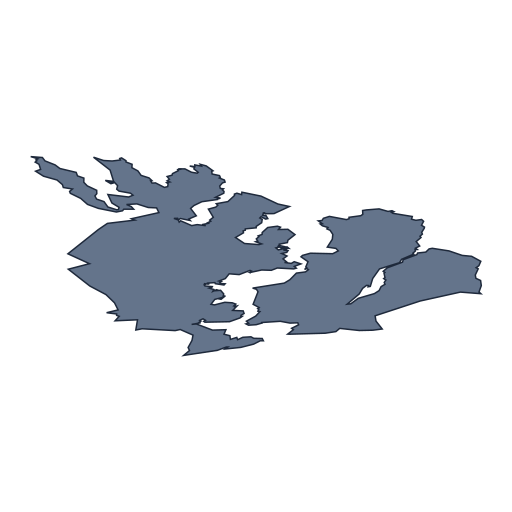 Lenvik nor, Troms, Norway
{"feature_id": "86288312B95435650072468", "entity_name": "Lenvik nor", "entity_type": "district", "adm_level": 2, "iso_a3": "NOR", "parent_name": "Norway", "parent_adm1": "Troms", "projection": "equal_earth", "projection_center": [17.855, 69.38], "detail": "fine", "context": "isolated", "style": "filled", "palette": "slate", "viewbox_px": 512, "rotation_deg": 0, "n_neighbors": 0, "source": "geoboundaries", "source_scale": "gbopen_adm2", "svg_char_len": 6096}
<svg xmlns="http://www.w3.org/2000/svg" viewBox="0 0 512 512"><path d="M183.7,355.4L217.5,350.3L226.4,347.0L227.9,347.0L225.1,349.0L240.8,347.4L253.7,344.1L260.2,340.8L263.4,340.8L262.2,338.5L253.7,338.3L251.0,336.8L242.8,337.3L237.6,339.7L236.8,337.4L230.4,339.4L229.9,335.7L224.0,334.2L225.9,329.7L212.5,330.1L196.4,324.0L191.6,324.4L200.7,322.8L198.8,322.6L200.8,321.2L199.7,320.4L203.0,318.8L205.5,320.3L203.7,321.4L204.9,322.2L229.5,321.7L240.1,317.9L242.0,316.5L240.8,316.5L241.1,315.2L244.1,313.5L243.2,310.9L232.7,310.4L237.0,306.0L233.7,306.8L235.9,305.7L234.1,305.7L235.8,304.1L232.3,302.8L224.8,302.3L214.5,304.9L211.0,304.3L214.8,299.4L220.6,297.9L219.5,299.0L221.1,299.3L225.4,295.8L223.1,296.4L223.7,293.9L220.6,290.3L216.7,290.6L217.5,290.0L216.5,289.7L212.8,291.4L213.8,289.5L209.1,288.1L210.6,287.6L209.5,286.9L211.4,287.1L212.3,286.9L212.4,286.6L205.0,286.0L204.2,285.0L205.9,284.1L204.5,283.9L203.9,283.6L208.1,284.1L209.4,283.8L207.4,283.3L207.4,283.1L214.9,282.6L215.3,283.7L224.0,285.0L225.1,283.8L220.3,283.5L219.7,282.6L221.3,281.5L219.0,281.0L225.3,278.6L229.2,273.8L239.2,274.6L250.0,270.4L251.4,271.0L249.9,272.3L250.0,272.7L250.5,272.8L250.9,272.8L250.0,272.5L261.7,270.0L271.3,270.3L277.3,268.0L293.7,268.9L296.3,268.2L294.3,266.4L300.9,263.9L294.2,261.7L291.3,263.4L284.5,262.5L286.6,261.9L283.0,258.9L287.0,256.0L281.7,253.5L286.8,252.4L288.0,250.6L283.4,250.1L286.3,249.1L285.3,248.2L278.3,249.9L275.9,247.9L278.6,247.2L277.6,246.1L280.8,247.7L288.8,248.3L287.1,246.9L283.0,247.3L284.0,246.5L278.9,245.4L279.7,244.6L278.6,244.3L287.4,242.6L287.9,240.2L295.0,234.6L287.9,229.3L278.5,229.5L280.5,227.2L277.4,226.2L267.7,227.5L262.2,232.5L262.1,234.4L258.1,235.9L258.9,236.7L256.3,238.9L257.9,241.2L257.4,241.5L256.8,241.3L255.6,241.7L261.6,243.9L259.0,244.6L244.5,243.5L235.5,237.5L243.5,232.8L243.1,230.9L245.3,230.2L245.3,228.9L256.2,227.8L256.2,226.4L261.7,222.7L262.2,219.4L259.8,218.0L261.1,216.7L265.6,219.1L267.8,218.6L266.0,215.6L262.6,215.2L263.3,213.6L264.6,213.0L263.3,213.1L262.7,212.9L264.6,212.8L265.2,213.7L274.0,213.6L289.4,206.5L277.9,204.0L261.0,196.1L241.9,192.2L241.6,194.6L236.9,193.2L234.4,194.1L234.5,195.5L227.9,201.6L216.3,203.7L217.8,205.2L215.8,207.1L208.4,209.1L213.3,217.3L209.7,220.1L210.8,221.2L207.9,222.6L209.5,223.1L202.0,224.6L204.7,224.5L203.7,224.9L205.7,225.7L197.2,224.6L191.7,225.6L180.6,220.8L179.2,222.1L178.3,220.0L173.9,218.4L177.6,218.3L178.3,219.9L180.4,218.5L190.2,220.5L188.8,219.0L196.3,215.8L190.6,208.4L194.0,205.5L201.9,201.7L217.5,199.5L217.4,198.5L218.6,198.7L219.3,198.6L218.8,198.6L219.9,198.3L219.9,198.0L215.5,197.3L223.8,193.2L224.0,191.4L222.4,189.9L223.5,188.8L220.3,188.4L219.7,186.0L222.5,182.9L225.1,182.1L224.4,180.0L219.3,178.0L220.3,177.3L219.5,175.6L212.1,174.0L211.7,171.3L213.0,170.8L206.2,165.9L200.2,164.3L201.4,166.1L194.8,164.9L194.9,166.6L189.7,166.0L194.5,167.3L193.9,168.9L198.2,172.3L197.2,173.2L191.4,172.2L185.0,168.9L178.3,168.8L179.4,169.4L177.7,169.6L178.3,170.7L172.5,173.6L172.0,175.2L167.1,176.5L169.4,179.3L167.1,180.8L169.8,182.0L166.7,182.7L168.1,183.7L167.7,186.6L164.4,187.4L155.5,182.9L152.0,183.1L150.6,180.9L152.0,180.7L149.0,177.9L141.1,175.4L137.9,170.9L131.9,167.7L132.1,164.3L126.0,162.0L126.0,160.7L121.6,157.9L119.7,158.5L120.4,160.0L112.1,161.0L103.6,160.5L93.5,157.2L110.1,170.1L113.6,181.4L105.3,180.4L110.9,183.7L113.3,183.0L111.0,181.9L113.9,181.7L117.6,185.7L116.7,189.2L119.0,191.1L130.5,193.2L133.0,195.2L128.6,197.0L107.9,194.5L111.9,203.0L119.0,207.3L118.5,209.5L116.8,209.8L107.9,207.0L104.0,201.6L96.6,199.1L94.9,195.9L96.8,193.7L96.7,190.3L87.3,185.9L83.8,182.3L83.9,178.1L77.5,175.9L76.2,172.4L59.9,168.5L55.1,164.9L45.0,160.9L42.4,157.5L30.7,156.6L37.9,158.8L35.9,159.9L36.8,160.8L35.2,162.1L39.0,164.3L40.6,169.4L35.6,171.2L43.5,176.2L57.0,180.0L62.4,184.6L63.3,187.5L72.5,189.0L69.6,191.4L70.3,193.3L80.7,198.4L87.5,204.4L98.4,208.4L116.4,212.0L122.5,210.8L123.8,209.2L133.7,209.2L131.3,206.6L126.5,204.5L136.9,203.9L148.2,207.5L156.6,207.9L158.9,212.6L131.5,218.7L134.8,220.1L107.4,223.4L98.3,229.6L67.9,253.8L89.5,263.7L68.3,269.2L89.8,286.0L106.0,294.6L114.5,302.8L118.1,309.9L106.6,312.7L116.7,314.0L116.6,315.4L119.2,316.3L115.1,320.8L137.5,319.8L135.8,330.0L142.1,328.8L175.2,330.6L180.2,329.5L193.0,335.1L192.0,340.4L188.1,347.5L189.5,350.5L183.7,355.4ZM480.9,293.7L479.0,292.0L481.3,285.6L480.6,280.5L475.9,278.3L475.3,275.0L478.2,268.8L476.1,267.7L478.9,265.7L480.8,261.3L471.6,256.3L462.2,255.4L449.0,250.9L432.3,248.3L429.1,248.9L425.8,252.1L417.6,253.0L416.9,254.6L403.2,259.7L402.5,262.2L387.3,267.8L383.2,271.3L384.9,272.5L384.0,273.2L385.0,277.6L383.7,278.6L385.9,280.0L384.2,282.5L385.0,284.3L381.1,286.6L379.1,290.6L374.4,293.6L358.3,298.3L350.8,303.8L347.1,304.2L359.2,294.0L362.6,288.4L366.5,285.4L368.5,285.5L368.1,286.8L370.3,286.4L372.7,278.5L379.5,268.9L399.4,262.7L401.6,259.3L413.7,254.1L412.9,253.2L415.3,251.1L415.1,249.7L417.2,249.5L415.4,248.2L419.7,246.0L416.2,241.6L421.0,237.5L420.0,236.2L422.4,234.1L421.7,232.3L424.2,228.4L424.5,227.1L421.5,225.3L423.6,221.3L421.6,219.5L415.9,220.3L411.5,219.2L412.3,216.5L392.8,213.3L391.4,212.3L393.8,211.6L392.0,210.7L388.0,211.4L379.1,208.9L366.5,209.9L362.6,210.5L362.8,214.3L360.8,215.7L349.0,217.3L349.1,218.7L346.5,219.6L329.4,216.4L323.4,218.3L322.0,220.5L318.3,220.9L322.3,223.7L320.2,224.0L322.4,225.8L328.0,227.5L326.9,228.9L330.1,230.3L332.8,234.4L332.3,239.3L327.3,247.1L335.9,248.4L338.3,250.9L332.7,253.7L310.4,253.2L302.5,255.4L301.0,256.8L308.0,261.7L305.8,266.9L306.7,267.7L304.5,269.4L307.0,268.6L308.4,269.7L305.5,271.9L296.4,273.1L289.9,279.7L284.3,283.1L252.6,288.1L256.5,289.3L258.0,291.8L253.1,304.3L259.1,307.5L257.7,308.6L258.8,309.2L257.9,311.2L259.9,311.6L255.7,316.1L246.4,321.2L248.6,323.2L246.0,323.9L248.5,325.2L256.2,324.7L262.8,322.8L261.1,322.6L261.8,322.5L280.3,321.3L290.1,323.1L297.8,322.8L298.6,324.8L291.6,328.3L293.4,329.7L287.7,334.1L289.3,334.2L325.3,333.2L335.9,331.6L339.7,328.4L359.3,330.5L372.8,330.2L382.2,329.0L376.0,321.1L375.1,315.8L420.2,301.0L460.4,292.1L480.9,293.7Z" fill="#64748b" stroke="#1e293b" stroke-width="1.5"/></svg>